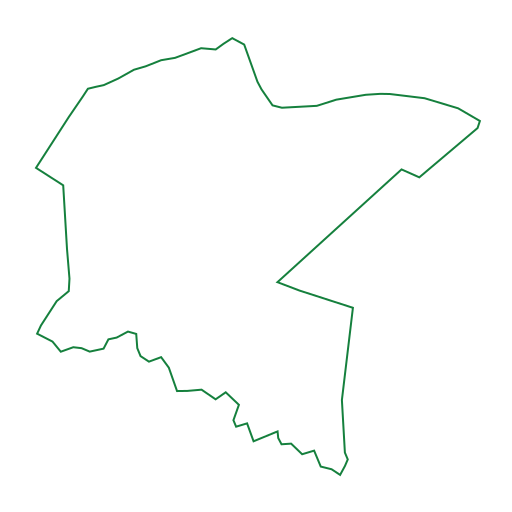 the district of Paranapoema, Paraná, Brazil, rotated 91°
{"feature_id": "56859067B29762724922920", "entity_name": "Paranapoema", "entity_type": "district", "adm_level": 2, "iso_a3": "BRA", "parent_name": "Brazil", "parent_adm1": "Paraná", "projection": "natural_earth1", "projection_center": [-52.089, -22.65], "detail": "fine", "context": "isolated", "style": "outline", "palette": "green", "viewbox_px": 512, "rotation_deg": 91, "n_neighbors": 0, "source": "geoboundaries", "source_scale": "gbopen_adm2", "svg_char_len": 1098}
<svg xmlns="http://www.w3.org/2000/svg" viewBox="0 0 512 512"><g transform="rotate(91 256 256)"><path d="M44.8,271.5L38.6,283.6L44.4,292.2L50.2,299.9L49.2,314.5L59.3,340.4L61.9,354.3L68.3,369.7L71.9,381.3L81.0,396.9L87.8,411.2L89.6,418.9L91.7,427.0L99.5,431.9L120.3,445.6L171.7,477.5L188.7,450.0L252.2,445.1L281.9,442.1L294.4,442.6L304.6,454.5L329.2,469.8L337.5,473.5L345.1,458.0L355.1,449.5L350.4,437.1L351.2,428.8L354.5,420.6L351.3,406.8L341.9,402.1L340.0,393.9L333.8,382.7L336.0,374.4L350.2,373.1L358.1,369.7L363.5,361.2L358.8,349.1L369.2,341.2L392.4,332.6L392.1,322.4L390.6,308.1L400.0,293.9L392.8,283.9L405.1,270.5L420.6,275.7L427.0,272.9L423.5,262.0L441.3,255.2L431.0,231.4L437.6,230.6L443.8,227.2L443.0,217.6L453.4,206.4L449.6,194.5L465.4,187.6L467.9,176.7L473.4,168.1L464.4,163.4L457.8,160.7L451.0,163.7L398.5,167.6L306.1,158.2L289.8,211.9L281.8,234.1L166.9,112.0L174.5,94.1L124.2,36.7L117.1,34.5L104.8,56.5L95.3,90.2L91.7,125.0L91.7,134.5L92.9,149.1L98.3,178.5L104.8,197.8L107.3,232.7L105.1,242.1L89.3,253.4L81.7,257.6L44.8,271.5Z" fill="none" stroke="#15803d" stroke-width="2"/></g></svg>